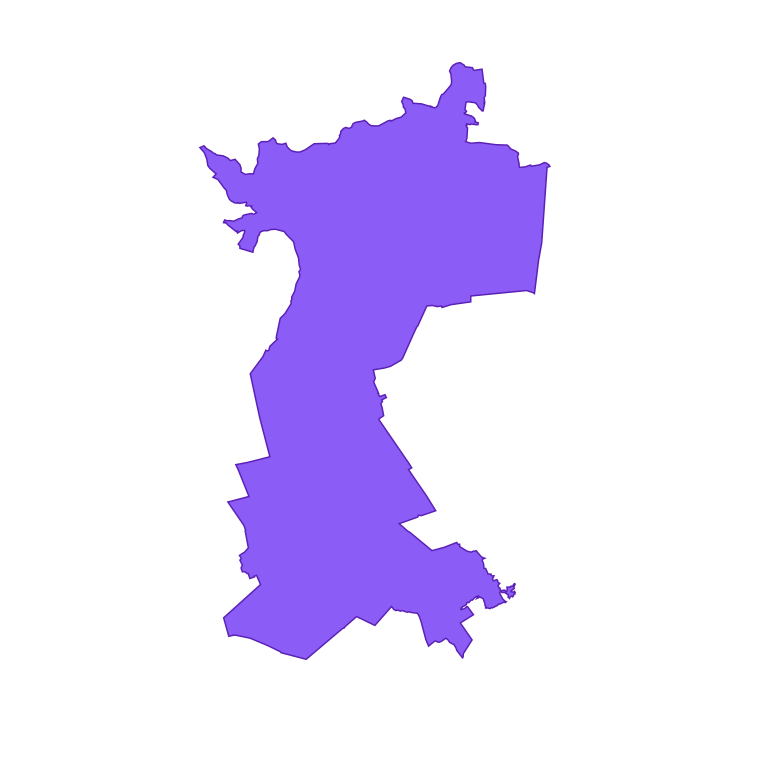 Nalbant, Tulcea, Romania, rotated 163°
{"feature_id": "2599482B6965012888187", "entity_name": "Nalbant", "entity_type": "district", "adm_level": 2, "iso_a3": "ROU", "parent_name": "Romania", "parent_adm1": "Tulcea", "projection": "natural_earth1", "projection_center": [28.557, 45.014], "detail": "fine", "context": "isolated", "style": "filled", "palette": "violet", "viewbox_px": 768, "rotation_deg": 163, "n_neighbors": 0, "source": "geoboundaries", "source_scale": "gbopen_adm2", "svg_char_len": 6156}
<svg xmlns="http://www.w3.org/2000/svg" viewBox="0 0 768 768"><g transform="rotate(163 384 384)"><path d="M388.8,98.6L388.7,99.5L387.8,100.4L387.1,102.8L374.6,113.5L380.9,133.2L365.9,137.2L369.2,146.6L370.1,146.8L372.8,145.6L376.2,145.7L375.9,147.2L375.2,147.0L374.0,148.0L369.9,148.8L368.6,150.8L366.7,150.2L363.9,151.9L362.7,151.5L359.4,153.3L355.8,153.9L355.5,153.5L357.7,151.8L354.5,152.2L351.9,149.6L351.7,144.1L352.2,142.7L351.6,141.4L352.4,140.3L352.0,139.8L350.8,139.8L348.3,138.2L346.2,138.8L345.7,138.2L340.2,139.1L338.9,140.1L337.5,139.7L333.5,140.3L331.6,139.5L330.7,140.1L331.7,140.8L333.3,143.7L334.5,149.7L334.2,151.0L332.8,151.4L332.2,150.1L328.7,149.2L328.4,148.7L328.8,148.3L326.9,146.2L327.6,143.9L326.7,142.3L325.9,143.4L323.6,143.8L323.2,142.9L322.1,143.6L321.1,145.3L320.2,145.0L320.2,145.7L319.5,146.1L319.9,147.6L321.0,147.1L323.2,148.2L323.1,148.9L319.2,150.4L319.2,151.8L317.1,154.3L317.4,154.9L318.7,154.5L319.9,152.9L322.0,153.5L322.5,152.9L325.8,153.8L326.6,150.5L327.4,149.9L328.2,150.1L328.8,151.6L332.3,152.2L333.3,153.3L332.7,154.8L333.6,155.3L333.8,158.1L331.6,159.5L333.0,160.9L332.9,163.4L333.7,164.0L336.7,163.7L337.4,165.6L334.9,168.4L337.0,169.0L337.5,170.0L337.2,170.9L340.0,171.8L340.7,177.8L342.3,178.6L341.4,182.5L341.6,186.7L341.1,187.6L338.6,187.9L341.2,189.9L344.2,196.3L344.0,196.7L344.8,197.7L346.3,197.6L347.5,198.1L349.4,197.6L353.3,199.7L359.2,206.4L358.5,208.6L360.1,209.0L360.8,211.2L374.2,210.2L386.8,210.6L402.8,234.8L404.3,236.3L410.3,246.0L391.2,246.9L390.4,247.1L389.3,248.5L386.9,247.2L371.6,247.7L376.0,264.3L385.6,294.9L382.0,295.7L383.2,300.2L399.3,351.5L398.8,352.2L393.6,353.8L392.7,362.0L392.8,365.9L390.5,367.9L390.8,369.4L385.7,370.4L386.2,373.5L391.7,373.2L392.5,376.8L391.9,376.8L393.3,389.0L390.7,392.0L390.1,400.7L379.4,399.2L372.8,399.0L360.5,401.8L358.5,403.4L340.7,423.8L336.0,429.0L334.7,429.7L320.2,446.1L314.9,445.0L310.4,442.4L306.5,441.9L306.1,441.5L306.3,440.4L306.0,440.2L296.8,440.3L277.0,437.2L275.3,442.8L220.3,431.7L214.6,427.7L213.7,426.5L200.1,456.9L191.9,472.9L164.7,543.6L161.8,543.5L162.0,544.9L163.8,547.5L165.9,548.9L171.2,548.1L179.7,549.2L179.6,550.3L180.4,550.6L185.3,550.3L191.0,551.5L191.1,553.2L190.5,554.6L189.7,562.9L188.2,564.3L188.1,565.8L190.2,568.4L193.9,571.6L196.2,576.4L207.0,580.1L222.1,587.0L230.7,588.9L235.0,591.9L233.0,594.5L230.1,602.1L229.2,604.7L229.8,605.4L230.0,607.0L229.2,606.9L228.9,608.6L226.4,607.1L225.4,606.9L225.0,607.3L219.1,604.6L218.3,604.6L217.5,606.3L220.4,608.0L219.6,609.0L219.9,611.4L220.5,612.9L221.8,614.1L221.8,614.6L228.1,618.8L227.8,619.8L226.8,619.5L225.3,620.7L226.4,622.7L223.2,629.4L221.0,629.3L214.6,626.3L213.1,623.7L212.7,621.0L210.2,616.3L209.4,616.2L206.1,622.2L206.4,622.8L205.3,623.5L205.3,624.0L205.8,624.1L205.0,625.4L204.6,628.3L202.8,630.1L199.8,638.5L199.3,641.9L200.6,642.5L198.2,656.4L205.9,657.5L206.6,658.5L207.0,660.7L213.4,663.5L213.8,663.8L214.1,665.5L217.3,669.1L221.3,669.4L224.9,668.5L227.4,666.8L229.8,664.1L229.4,660.8L230.7,654.3L231.4,652.2L232.7,650.2L240.9,644.9L242.9,643.9L244.3,643.8L246.7,641.1L251.0,634.8L253.7,633.1L256.4,634.1L257.2,635.4L258.2,635.2L258.4,636.3L259.9,636.7L266.3,641.0L274.2,644.0L274.3,646.8L275.9,648.7L281.4,652.5L284.5,649.0L284.0,645.6L284.5,643.1L283.5,640.9L283.8,637.0L289.4,634.2L295.1,634.3L300.2,633.3L300.5,634.2L303.1,634.5L313.1,632.5L315.0,632.7L320.6,634.7L322.6,636.8L323.8,639.4L325.7,642.0L327.5,641.7L334.4,642.5L337.2,642.1L338.9,640.6L339.4,639.5L341.4,638.7L343.2,638.9L345.4,640.5L348.1,640.2L351.5,638.2L352.4,635.8L353.9,634.8L354.1,633.3L355.3,631.9L360.1,628.7L365.4,629.6L366.8,629.1L366.9,630.0L368.5,630.9L380.6,634.2L390.8,631.0L396.6,630.4L399.8,631.4L403.8,633.7L405.3,635.2L407.3,639.2L407.4,642.9L411.6,643.0L415.8,645.0L416.5,646.2L416.5,649.2L418.1,651.8L424.0,649.7L430.4,651.6L434.0,650.2L434.5,645.1L436.8,639.3L439.3,636.3L440.2,631.8L444.4,627.8L447.5,623.0L450.3,624.2L455.4,625.0L458.7,628.6L457.6,632.1L457.7,635.8L460.7,642.4L465.6,642.6L467.5,645.9L471.2,649.3L477.0,651.9L478.2,653.7L479.8,654.8L480.8,656.5L484.9,661.0L486.5,664.4L490.9,663.9L488.2,657.8L487.7,650.9L488.6,644.5L487.5,641.1L483.1,634.0L487.1,631.7L483.1,628.2L479.5,618.0L478.2,615.5L478.5,611.4L478.0,606.4L476.8,603.9L474.0,601.0L471.4,599.8L470.6,600.2L469.5,599.0L462.5,598.1L462.4,597.2L464.1,595.0L462.8,594.1L460.8,594.1L459.7,593.0L458.7,592.8L459.4,592.3L458.6,589.7L455.7,585.1L458.9,584.4L460.9,585.9L468.3,586.5L469.6,586.3L471.5,584.2L474.3,584.5L480.0,583.6L484.1,585.5L486.7,586.1L488.2,587.5L488.9,587.0L490.7,584.7L490.1,585.2L489.1,584.6L488.7,584.9L487.9,584.1L486.7,581.5L481.0,573.3L479.3,573.1L479.4,572.4L480.2,571.8L480.0,571.2L475.4,572.3L472.4,571.6L472.6,570.3L475.5,566.9L475.5,565.8L482.6,560.3L481.4,558.4L482.1,555.8L470.9,548.4L468.4,552.7L466.7,553.9L463.7,557.3L461.4,562.1L460.1,562.7L458.1,565.4L455.8,565.7L454.3,565.8L450.3,564.6L447.8,564.9L442.7,563.8L434.9,559.0L433.7,555.7L428.9,546.5L429.5,538.7L428.9,529.5L430.4,522.0L430.2,519.0L430.9,517.2L432.4,516.5L432.7,512.8L433.3,511.2L438.7,505.5L442.3,498.8L446.8,494.2L447.5,491.8L448.7,490.6L449.4,487.9L458.1,480.3L464.0,477.2L472.9,461.1L473.7,459.0L472.7,458.1L481.8,453.6L483.3,451.7L483.7,450.4L485.7,449.6L487.1,450.9L491.7,445.6L508.9,432.9L512.7,388.2L514.4,347.8L537.7,348.9L549.3,350.2L548.5,345.0L546.0,315.9L567.8,316.8L559.3,289.7L559.1,284.6L559.7,284.3L561.6,267.0L566.2,264.1L572.3,262.4L571.5,258.7L573.3,257.7L572.4,251.9L574.2,250.3L574.5,249.1L574.4,245.9L571.6,244.9L570.3,242.7L569.3,242.6L569.1,237.2L564.3,237.4L564.3,238.2L561.8,238.2L560.7,228.3L605.7,207.3L606.2,188.1L600.9,187.7L599.0,187.0L586.4,180.1L571.7,167.9L561.2,158.1L561.0,157.1L538.9,143.5L495.2,162.3L493.4,162.3L492.3,163.3L478.7,169.4L478.1,169.5L463.3,155.8L441.8,169.0L440.6,165.7L439.0,163.9L436.9,163.7L434.7,162.0L432.6,161.9L429.6,159.6L427.9,158.8L426.6,158.9L424.9,157.6L419.4,155.1L418.9,154.4L418.2,151.0L418.0,145.9L418.7,127.2L418.0,120.3L410.7,123.3L409.6,123.1L408.4,121.7L406.6,120.9L404.5,121.1L399.2,122.8L397.6,120.6L396.7,117.6L393.3,114.3L392.4,110.9L392.2,107.7L388.8,98.6Z" fill="#8b5cf6" stroke="#5b21b6" stroke-width="1.5"/></g></svg>